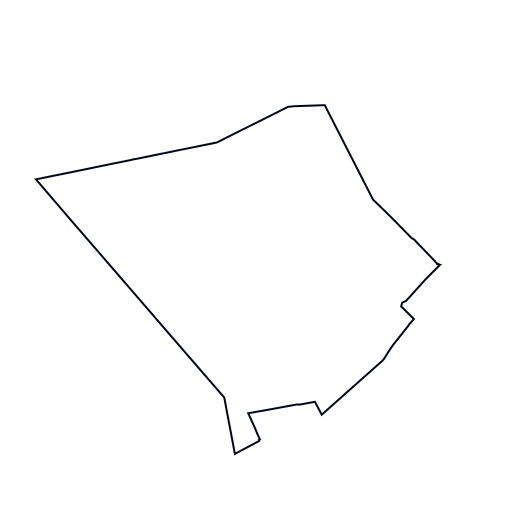 outline of Trancoso, Zacatecas, Mexico, rotated 242°
{"feature_id": "50627088B44241590316005", "entity_name": "Trancoso", "entity_type": "district", "adm_level": 2, "iso_a3": "MEX", "parent_name": "Mexico", "parent_adm1": "Zacatecas", "projection": "albers", "projection_center": [-102.327, 22.755], "detail": "fine", "context": "isolated", "style": "outline", "palette": "ink", "viewbox_px": 512, "rotation_deg": 242, "n_neighbors": 0, "source": "geoboundaries", "source_scale": "gbopen_adm2", "svg_char_len": 1611}
<svg xmlns="http://www.w3.org/2000/svg" viewBox="0 0 512 512"><g transform="rotate(242 256 256)"><path d="M161.8,414.3L162.4,413.4L162.5,413.5L163.2,413.4L163.5,413.1L163.4,412.9L164.0,412.1L164.9,412.2L165.8,411.9L175.3,409.3L191.7,404.6L196.2,403.4L198.8,401.8L212.7,397.7L214.3,397.2L219.9,395.6L231.3,392.1L236.4,390.5L250.8,385.8L256.6,385.9L288.3,386.4L356.9,387.5L370.2,360.3L372.7,354.3L373.2,331.2L373.9,305.0L374.0,301.4L374.1,297.6L374.3,288.7L374.6,274.8L386.2,235.8L388.0,229.6L389.6,224.1L390.8,220.2L398.7,193.4L398.9,193.3L399.6,190.2L402.6,180.1L404.7,173.2L412.0,148.3L414.0,141.6L415.6,136.0L422.2,113.9L427.0,97.7L391.1,105.7L370.1,110.4L368.4,110.8L364.9,111.6L357.5,113.3L356.7,113.5L353.8,114.2L353.2,114.3L352.1,114.5L348.5,115.4L344.1,116.4L342.6,116.7L340.0,117.3L334.4,118.6L332.1,119.1L319.4,122.0L311.4,123.8L287.8,129.2L287.7,129.2L232.3,141.8L214.8,145.8L201.6,148.8L198.4,149.5L191.2,151.2L187.3,152.1L183.8,152.9L175.2,154.8L174.8,154.9L174.5,155.0L174.1,155.1L173.7,155.2L173.4,155.3L172.8,155.4L172.5,155.5L170.8,155.8L160.6,158.2L152.1,160.1L146.0,161.5L143.2,160.7L134.4,157.9L111.5,150.8L96.5,146.1L95.1,145.6L93.7,145.2L92.3,144.8L91.1,144.4L91.2,146.6L91.2,155.5L91.2,160.3L91.2,164.0L91.2,167.8L91.2,172.0L92.2,172.2L92.2,173.3L98.8,173.7L103.5,174.2L104.2,174.3L120.8,175.3L113.9,196.6L105.8,222.2L104.2,225.1L99.6,239.6L85.0,239.5L91.6,266.6L92.0,268.1L104.2,318.6L105.0,320.6L110.5,330.2L113.1,335.2L122.9,357.8L123.4,358.4L126.2,365.8L129.3,364.9L143.4,360.5L146.2,363.2L145.9,367.4L155.9,395.1L161.8,414.3Z" fill="none" stroke="#020617" stroke-width="2"/></g></svg>